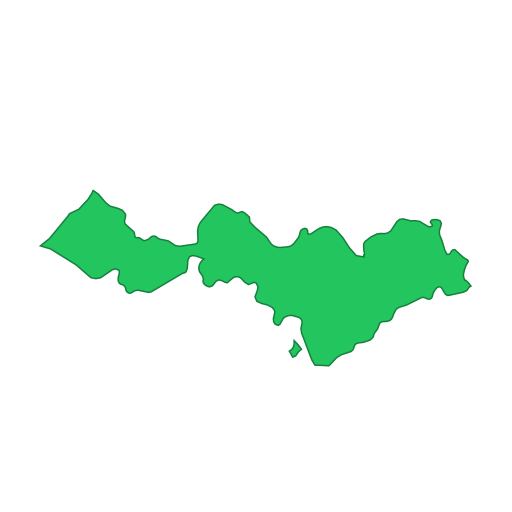 outline of Nord, rotated 327°
{"feature_id": "FRA-5330", "entity_name": "Nord", "entity_type": "Metropolitan department", "adm_level": 1, "iso_a3": "FRA", "parent_name": "France", "parent_adm1": "", "projection": "albers", "projection_center": [3.256, 50.528], "detail": "fine", "context": "isolated", "style": "filled", "palette": "green", "viewbox_px": 512, "rotation_deg": 327, "n_neighbors": 0, "source": "natural_earth", "source_scale": "10m", "svg_char_len": 3817}
<svg xmlns="http://www.w3.org/2000/svg" viewBox="0 0 512 512"><g transform="rotate(327 256 256)"><path d="M155.1,112.3L157.5,118.2L159.0,129.5L160.6,134.5L166.3,141.0L168.8,144.9L169.3,150.0L168.3,151.6L164.6,155.3L163.6,157.6L166.7,168.9L166.5,170.6L165.2,173.4L165.0,174.6L165.5,175.5L167.5,176.5L168.2,177.4L169.6,180.7L170.4,182.1L171.6,182.7L174.0,183.2L175.3,183.3L178.4,182.9L179.9,183.0L182.0,184.2L182.8,185.7L183.3,187.4L184.4,189.4L190.4,195.2L191.3,196.9L193.5,202.1L194.3,203.7L197.3,206.3L210.3,212.3L211.0,212.7L213.6,213.2L215.7,211.6L220.7,203.1L223.7,199.9L227.4,197.6L235.9,194.9L248.9,190.9L253.1,192.2L255.9,194.8L258.6,199.7L260.8,203.7L262.8,208.6L264.1,210.2L266.4,210.5L268.6,211.2L269.9,213.6L271.7,219.7L269.4,224.0L270.8,231.4L275.1,245.9L275.3,254.1L276.2,257.0L278.7,260.3L280.9,262.0L288.0,265.8L290.9,266.6L294.9,266.1L302.0,263.5L304.3,261.7L305.9,260.1L307.5,259.0L309.9,258.8L312.2,259.5L313.3,260.9L313.1,262.9L311.5,265.8L313.5,267.3L324.1,267.3L327.8,268.1L331.4,269.9L334.6,273.0L337.3,277.8L338.8,287.8L338.8,299.8L340.3,310.3L346.1,315.7L346.8,314.0L347.0,313.8L347.3,314.1L348.0,313.6L348.5,312.8L349.2,310.6L352.1,305.6L353.4,304.1L355.6,303.2L362.8,302.6L369.6,303.4L373.0,305.1L375.8,307.1L378.8,308.4L382.5,308.4L392.9,303.9L396.4,303.5L399.6,305.0L405.1,311.0L408.6,313.0L412.0,316.0L416.7,325.6L419.7,327.0L420.9,325.8L420.7,324.0L420.7,322.4L422.8,321.5L424.3,322.0L426.5,323.3L428.5,325.1L429.6,326.8L429.2,329.5L427.6,331.3L423.8,334.4L422.1,337.0L421.3,339.1L420.5,343.8L417.5,354.1L417.1,358.8L419.5,359.9L422.7,358.4L424.5,358.1L426.2,358.9L429.1,370.0L430.1,372.4L431.3,374.4L431.2,376.1L427.3,378.1L423.5,380.9L420.5,383.8L419.4,385.3L418.5,387.2L417.9,390.2L418.7,390.6L419.6,394.5L419.9,398.3L418.7,398.2L417.0,398.5L416.2,398.9L414.4,399.6L413.2,399.7L410.2,399.3L396.2,394.0L395.2,393.4L394.6,392.4L394.2,391.8L394.1,391.0L394.0,389.5L394.3,384.1L393.9,382.5L392.5,381.4L390.3,381.1L387.1,382.2L385.0,383.3L383.7,384.2L381.1,386.5L379.5,387.0L377.9,386.7L376.2,385.2L375.2,383.4L374.0,382.0L372.5,381.1L355.6,379.1L348.4,377.1L346.5,376.9L344.3,377.1L339.4,379.9L337.5,381.5L335.4,382.6L333.2,383.0L330.1,382.1L326.2,379.9L324.6,379.6L323.1,379.8L318.5,383.2L316.9,383.9L314.2,384.9L313.1,385.4L311.7,386.4L310.4,387.6L308.2,388.3L305.6,388.6L298.8,386.8L294.8,384.8L293.0,384.2L291.2,384.2L289.3,385.2L287.9,386.4L286.0,387.5L283.7,387.9L273.9,385.3L268.7,385.1L257.4,387.8L246.9,380.2L246.0,379.7L246.2,373.6L252.3,345.5L254.1,341.5L258.6,336.7L259.4,334.8L259.3,332.7L258.5,330.8L253.8,325.4L250.8,323.7L247.7,323.0L244.7,323.2L238.7,326.4L236.8,326.2L234.9,323.7L235.0,320.8L236.4,318.1L241.3,313.2L241.9,311.1L241.6,307.9L239.0,303.4L234.9,298.9L232.0,294.4L232.9,289.7L238.4,285.6L240.9,282.9L241.4,278.7L239.9,277.0L234.2,275.9L232.3,272.0L231.5,267.2L230.8,265.2L229.5,263.5L227.4,262.2L225.0,261.8L217.2,262.8L215.5,260.9L214.1,258.2L211.8,255.8L208.9,255.4L203.1,257.3L200.3,256.6L199.4,255.7L198.4,254.4L197.7,252.9L197.3,251.4L197.3,249.5L197.8,248.4L199.4,246.5L200.2,243.7L200.1,238.2L201.1,235.4L203.1,233.1L205.6,231.4L208.3,230.4L210.7,230.1L205.8,223.5L202.9,221.0L199.9,220.4L196.7,222.3L191.6,229.0L188.6,231.2L187.3,231.3L184.8,230.5L148.6,229.0L146.2,228.1L138.3,220.3L135.3,219.1L131.4,219.0L129.5,218.3L128.3,216.3L128.2,214.4L129.3,211.2L129.3,209.2L128.4,207.3L127.3,206.1L126.6,204.7L126.8,202.0L128.8,198.9L131.8,196.2L133.4,193.5L131.5,190.5L128.4,189.3L113.9,189.6L109.4,187.8L105.7,184.2L100.3,165.4L87.5,138.1L80.7,130.1L92.2,128.9L120.1,120.1L121.8,119.2L123.1,119.0L132.8,120.3L146.0,117.0L152.6,114.0L155.0,112.3L155.1,112.3ZM241.9,347.8L242.9,353.2L243.4,358.9L239.4,359.5L234.8,361.4L231.7,360.8L232.1,353.9L234.9,353.9L237.5,352.9L239.9,350.8L241.9,347.8Z" fill="#22c55e" stroke="#15803d" stroke-width="1.5"/></g></svg>